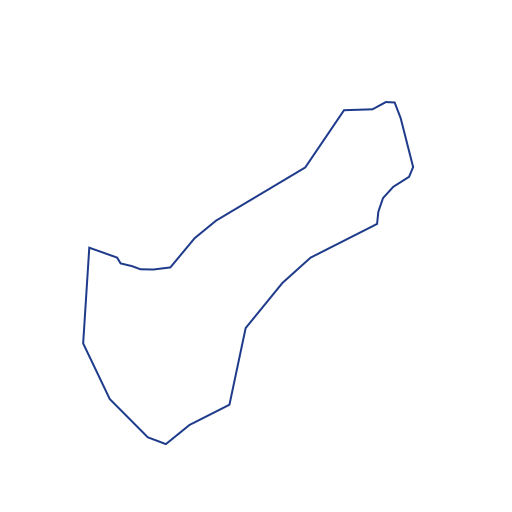 an SVG outline of Škofljica, rotated 234°
{"feature_id": "SVN-990", "entity_name": "Škofljica", "entity_type": "Municipality", "adm_level": 1, "iso_a3": "SVN", "parent_name": "Slovenia", "parent_adm1": "", "projection": "equal_earth", "projection_center": [14.578, 45.957], "detail": "fine", "context": "isolated", "style": "outline", "palette": "blue", "viewbox_px": 512, "rotation_deg": 234, "n_neighbors": 0, "source": "natural_earth", "source_scale": "10m", "svg_char_len": 534}
<svg xmlns="http://www.w3.org/2000/svg" viewBox="0 0 512 512"><g transform="rotate(234 256 256)"><path d="M322.2,412.9L306.2,436.5L304.2,451.6L298.7,458.4L282.6,454.1L235.6,435.4L230.1,426.4L231.3,407.8L228.2,392.8L219.9,381.0L210.8,372.8L222.6,299.2L218.7,261.7L203.8,205.3L151.3,147.1L158.4,103.0L156.8,72.5L172.9,61.9L226.2,53.6L286.9,64.8L360.7,126.0L336.3,142.7L329.6,142.1L320.6,149.8L313.2,154.7L305.4,165.0L297.1,180.0L306.5,216.9L308.1,244.7L298.7,347.9L322.2,412.9Z" fill="none" stroke="#1e3a8a" stroke-width="2"/></g></svg>